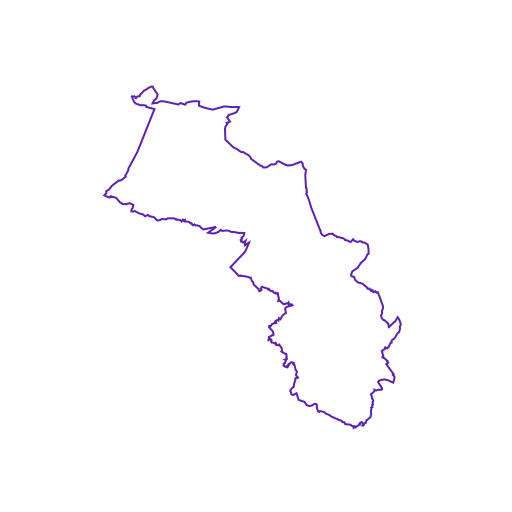 the district of Ajalpan, Puebla, Mexico, rotated 241°
{"feature_id": "50627088B30367983369088", "entity_name": "Ajalpan", "entity_type": "district", "adm_level": 2, "iso_a3": "MEX", "parent_name": "Mexico", "parent_adm1": "Puebla", "projection": "albers", "projection_center": [-97.164, 18.435], "detail": "fine", "context": "isolated", "style": "outline", "palette": "violet", "viewbox_px": 512, "rotation_deg": 241, "n_neighbors": 0, "source": "geoboundaries", "source_scale": "gbopen_adm2", "svg_char_len": 6092}
<svg xmlns="http://www.w3.org/2000/svg" viewBox="0 0 512 512"><g transform="rotate(241 256 256)"><path d="M385.3,156.4L383.5,155.6L382.6,152.7L380.9,153.8L378.2,156.2L378.1,156.9L378.8,157.8L378.1,158.6L377.6,158.4L376.4,160.3L374.6,161.9L368.5,163.1L367.5,164.1L366.1,164.5L364.2,167.7L363.5,171.1L360.2,173.5L357.7,171.3L357.2,169.9L355.5,168.6L354.2,170.7L354.2,171.7L349.9,174.5L347.3,177.2L344.5,178.2L344.4,181.4L342.6,181.9L340.1,184.9L338.5,186.1L335.9,186.4L334.7,187.2L334.0,189.3L334.0,191.4L331.5,195.5L331.8,197.1L329.0,202.0L327.2,203.9L326.3,203.8L326.0,204.9L323.7,207.5L322.3,207.6L323.2,209.8L322.3,210.1L322.1,211.1L321.1,210.1L320.8,210.3L319.6,212.4L317.8,214.2L316.2,214.5L316.0,215.4L313.7,215.5L313.2,216.1L313.6,217.4L311.7,218.2L311.5,219.2L309.6,221.1L306.0,222.1L304.7,223.0L300.8,235.2L299.6,225.4L298.1,227.1L296.5,229.4L295.7,231.3L295.3,234.7L295.9,238.0L295.0,238.2L294.1,239.0L292.5,242.9L291.1,244.5L289.1,246.0L287.2,249.0L284.0,252.7L284.1,253.2L281.7,256.9L279.6,255.0L278.9,252.2L277.9,252.2L277.4,250.3L276.4,250.1L275.7,250.1L275.4,251.1L274.2,251.1L273.9,251.9L274.3,254.2L272.7,252.5L270.8,251.6L271.1,256.4L266.0,250.0L264.8,247.8L258.6,228.2L246.8,231.4L246.6,232.9L245.8,233.1L245.2,234.5L241.6,238.9L240.4,239.6L239.6,241.0L236.5,240.2L234.7,240.8L232.0,240.2L226.1,242.1L223.6,241.9L223.4,244.0L224.4,244.6L225.2,244.4L226.2,246.2L222.1,250.1L220.7,250.4L221.0,251.3L219.2,251.5L217.8,252.6L216.9,252.1L217.3,252.3L217.2,253.6L214.7,254.1L214.4,255.4L213.4,255.3L213.1,256.8L212.7,257.1L211.0,256.2L207.9,255.5L205.9,253.7L205.6,255.0L200.6,256.7L199.8,258.5L199.8,260.1L198.9,261.2L199.4,261.9L198.5,261.8L198.0,261.0L197.5,261.0L197.2,262.5L196.1,264.0L195.2,264.0L196.7,257.9L195.8,255.9L191.7,254.6L191.2,250.4L188.8,246.7L190.5,246.0L188.7,244.3L189.6,244.1L189.8,241.8L187.7,241.1L188.1,240.2L188.8,240.1L188.3,239.1L188.7,237.1L187.7,235.1L188.4,233.6L187.3,232.9L186.7,233.4L185.5,233.3L183.3,234.0L181.0,234.0L178.7,233.2L178.3,232.7L179.0,231.3L178.6,229.6L179.0,228.1L177.2,227.1L176.6,226.2L176.3,226.1L176.2,228.5L174.9,228.8L173.8,227.6L172.7,227.8L172.2,228.7L170.1,230.3L170.5,231.0L169.9,231.3L168.7,230.4L167.1,232.2L167.3,233.4L162.9,233.8L160.5,232.8L160.1,231.9L155.9,234.4L155.6,235.7L155.4,234.9L153.0,234.0L152.7,233.3L151.0,233.2L150.8,232.6L151.3,231.0L150.4,231.4L149.7,231.1L148.4,229.4L148.4,228.0L147.5,227.8L147.0,227.0L146.5,226.9L144.5,228.2L144.7,229.0L143.4,229.5L143.7,230.4L144.9,230.7L144.7,231.8L145.7,232.2L145.4,233.7L145.9,234.2L146.0,235.3L145.3,236.2L143.4,236.2L143.9,237.2L143.6,237.2L137.2,235.5L135.1,235.7L132.4,233.2L129.3,233.8L129.9,231.1L128.7,230.5L125.4,227.0L123.3,225.7L122.9,223.0L121.4,220.5L119.8,220.6L119.2,220.1L117.7,220.0L116.4,221.0L116.3,224.9L109.5,223.5L104.9,227.7L101.0,228.0L98.8,230.0L98.1,232.5L98.3,235.3L97.4,236.8L96.4,237.1L93.9,235.7L91.4,235.2L90.2,235.0L89.0,235.5L89.4,236.7L86.7,239.8L84.5,240.6L81.0,243.3L79.3,243.9L71.5,249.8L70.5,251.0L68.7,251.1L67.7,252.7L65.7,252.5L62.6,256.9L60.9,257.4L59.5,259.3L59.2,258.4L58.6,258.1L58.7,259.6L57.9,259.6L58.4,265.4L59.4,265.5L59.6,267.7L59.1,268.2L57.3,268.1L56.3,267.9L56.1,267.0L55.7,267.5L55.9,268.3L57.1,269.3L56.9,271.3L58.6,272.7L59.5,277.7L61.9,280.2L63.9,280.9L66.6,282.9L67.4,283.1L67.7,283.5L67.4,284.6L69.4,285.4L69.5,286.3L71.3,286.9L72.3,288.2L73.4,288.6L75.4,288.5L76.0,288.9L79.3,289.5L80.1,293.1L80.9,294.9L81.3,294.9L80.1,295.9L79.7,298.0L78.2,301.0L78.4,301.7L79.8,302.1L86.4,301.6L87.3,302.7L86.8,306.0L85.5,308.9L83.6,311.0L78.7,314.6L81.8,317.8L83.5,318.6L85.8,318.1L85.9,319.0L98.2,317.6L98.1,318.5L98.8,320.0L100.0,319.5L100.4,320.1L105.1,318.4L105.7,317.5L106.3,317.5L106.7,318.8L112.0,320.0L112.1,323.1L113.0,323.8L113.4,324.8L112.2,324.9L111.6,326.3L112.1,326.8L111.9,327.6L114.6,331.2L114.5,332.7L115.7,333.1L116.5,334.0L116.8,337.4L119.7,342.1L120.1,344.3L122.6,346.7L124.6,347.6L125.6,349.2L126.3,349.6L131.1,350.5L133.8,350.2L131.4,346.3L130.9,343.4L129.3,337.9L130.7,338.0L132.1,338.8L134.0,338.5L137.4,337.3L138.2,336.4L140.8,335.8L143.3,336.5L144.9,338.6L146.8,339.5L148.6,341.6L150.8,342.8L165.1,345.0L165.2,344.0L166.1,344.0L166.4,343.1L167.4,343.1L167.5,341.1L169.5,341.3L169.5,340.4L170.4,340.5L170.4,339.6L171.3,339.7L171.9,339.1L172.6,339.3L173.2,337.8L175.0,337.7L180.2,335.7L183.5,332.3L187.3,331.1L190.0,331.7L192.2,329.7L193.8,330.3L195.9,332.9L196.3,339.0L198.9,343.9L200.5,350.1L203.3,354.2L203.4,355.6L207.7,357.8L211.8,359.3L215.3,357.3L216.4,355.5L217.2,355.5L218.5,354.3L219.0,351.9L220.2,350.5L221.9,349.3L223.6,349.0L222.4,345.8L222.9,344.9L224.7,343.9L227.1,341.5L228.0,341.6L230.0,340.3L230.2,339.5L231.3,338.9L232.3,337.4L233.5,336.4L233.4,336.0L234.5,335.8L236.7,334.1L238.3,333.9L239.8,330.8L240.2,325.5L242.2,324.3L244.3,323.9L245.7,324.1L246.8,324.9L247.5,324.6L271.0,327.7L280.6,329.7L286.4,330.3L287.1,331.7L288.3,331.7L290.2,332.9L291.0,332.7L293.4,333.7L303.0,338.4L307.2,341.6L308.7,340.7L312.2,340.6L314.2,341.7L316.7,341.1L318.0,331.6L319.8,327.7L321.1,326.2L328.0,321.7L328.2,319.9L327.0,318.2L327.3,316.2L328.8,313.7L328.4,308.2L329.8,305.4L331.9,304.8L332.9,303.6L343.1,298.9L346.0,298.9L348.0,298.2L353.5,294.9L353.9,293.5L358.7,291.2L362.2,288.8L372.6,285.6L382.7,290.8L384.3,292.5L385.4,295.1L386.6,294.9L386.1,298.4L391.4,297.9L391.5,299.0L392.6,300.2L391.4,306.2L391.3,308.9L394.3,313.4L395.5,311.7L397.9,307.0L400.6,303.4L402.3,300.3L405.0,289.1L410.0,283.5L415.1,279.0L418.6,281.2L419.9,279.6L422.4,274.7L423.7,270.1L423.7,269.1L422.7,267.7L422.9,267.1L426.5,264.1L426.1,261.6L435.7,250.7L437.4,248.0L437.9,245.7L437.7,244.1L439.6,239.5L441.6,242.5L441.9,245.2L444.8,248.2L452.8,247.6L454.1,247.8L454.8,247.1L455.2,243.4L454.8,241.8L455.0,238.6L453.3,232.9L452.2,231.9L453.0,229.6L452.3,227.6L452.6,227.2L453.6,227.5L454.8,227.0L455.2,225.5L456.3,224.3L455.4,224.7L450.5,224.1L447.8,224.6L443.7,228.2L442.7,230.4L440.7,232.8L439.5,232.4L433.7,238.4L404.6,202.8L394.4,186.9L392.9,185.9L389.5,180.5L388.5,180.4L387.7,175.1L387.9,173.4L388.6,172.7L387.3,164.1L385.3,159.5L385.3,156.4Z" fill="none" stroke="#5b21b6" stroke-width="2"/></g></svg>